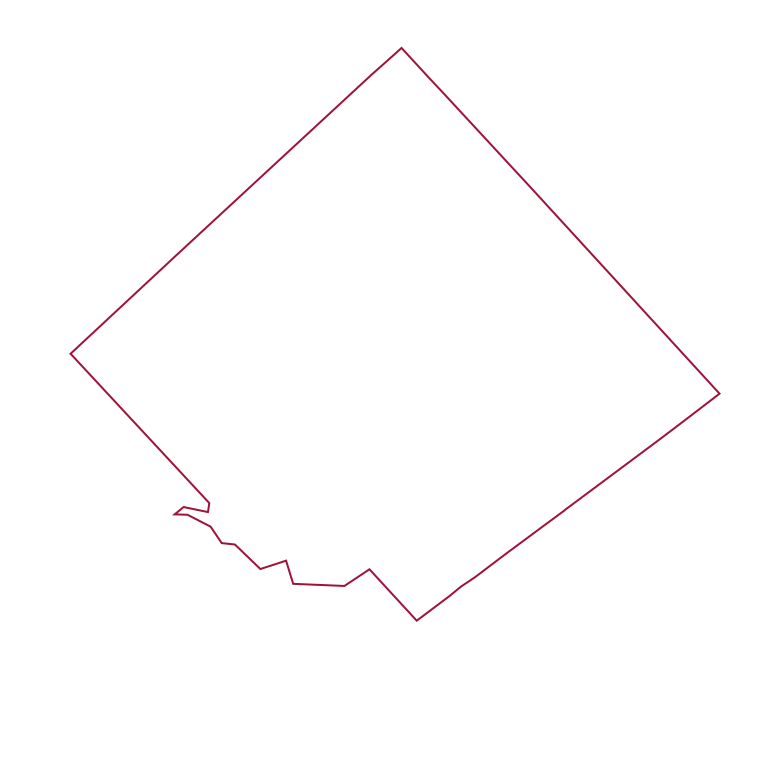 outline of Monroe, Mississippi, United States of America, rotated 47°
{"feature_id": "52423323B75107932939522", "entity_name": "Monroe", "entity_type": "district", "adm_level": 2, "iso_a3": "USA", "parent_name": "United States of America", "parent_adm1": "Mississippi", "projection": "albers", "projection_center": [-88.422, 33.87], "detail": "fine", "context": "isolated", "style": "outline", "palette": "rose", "viewbox_px": 768, "rotation_deg": 47, "n_neighbors": 0, "source": "geoboundaries", "source_scale": "gbopen_adm2", "svg_char_len": 597}
<svg xmlns="http://www.w3.org/2000/svg" viewBox="0 0 768 768"><g transform="rotate(47 384 384)"><path d="M310.2,142.6L210.0,142.2L191.8,142.3L150.2,142.0L149.9,158.3L149.3,181.7L148.2,448.2L148.1,592.6L352.0,593.0L357.6,600.1L337.3,614.5L336.6,626.0L345.6,616.9L370.1,608.1L389.7,611.2L399.7,602.5L435.0,600.6L446.4,576.1L468.2,586.7L504.7,550.7L509.6,521.0L579.4,521.5L583.7,481.1L584.7,465.7L587.4,448.9L591.5,408.9L597.1,359.6L599.6,338.0L599.6,337.9L599.6,336.6L611.5,229.1L613.7,208.4L616.9,176.3L619.9,145.2L339.8,142.7L310.2,142.6Z" fill="none" stroke="#9f1239" stroke-width="2"/></g></svg>